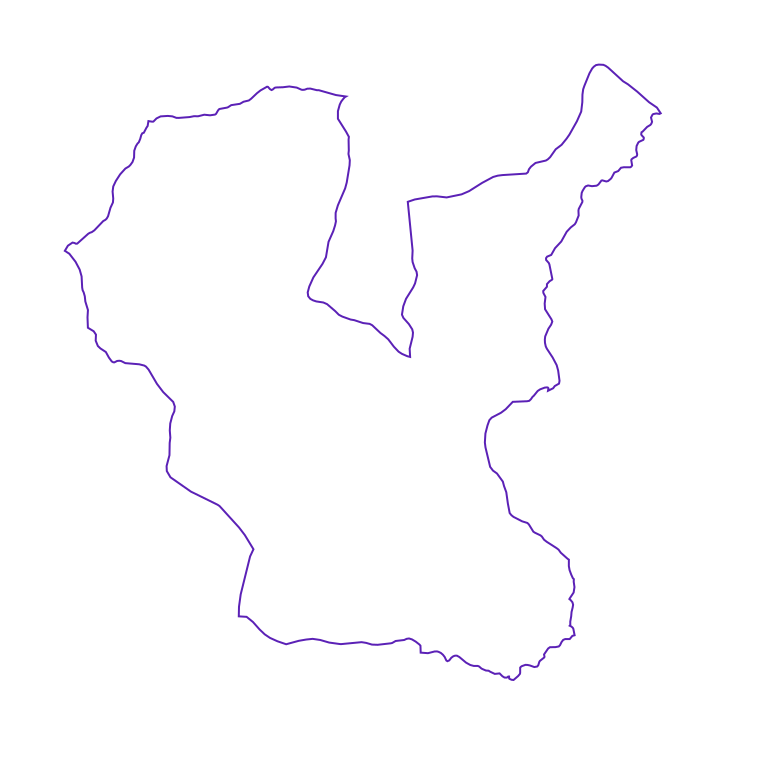 the district of Belen, Nariño, Colombia, rotated 84°
{"feature_id": "7082276B96726097904374", "entity_name": "Belen", "entity_type": "district", "adm_level": 2, "iso_a3": "COL", "parent_name": "Colombia", "parent_adm1": "Nariño", "projection": "albers", "projection_center": [-77.044, 1.595], "detail": "fine", "context": "isolated", "style": "outline", "palette": "violet", "viewbox_px": 768, "rotation_deg": 84, "n_neighbors": 0, "source": "geoboundaries", "source_scale": "gbopen_adm2", "svg_char_len": 6095}
<svg xmlns="http://www.w3.org/2000/svg" viewBox="0 0 768 768"><g transform="rotate(84 384 384)"><path d="M578.0,218.5L577.0,219.7L570.3,225.8L567.0,227.7L565.3,229.5L558.0,238.6L555.6,241.1L552.1,243.0L550.9,244.2L547.7,249.4L546.5,250.9L538.8,254.6L537.2,255.9L535.0,261.0L529.7,269.1L527.8,271.0L525.5,272.5L515.9,273.3L504.4,273.7L498.0,275.3L493.5,276.0L484.8,281.0L481.5,284.7L477.5,287.1L457.7,289.7L452.7,289.8L443.8,288.3L436.0,285.4L431.0,283.0L428.7,280.4L424.8,270.6L421.8,265.6L415.2,257.8L416.1,243.4L415.9,241.3L414.5,239.5L412.3,237.6L411.4,236.3L407.0,231.9L405.6,229.2L404.4,224.5L404.4,222.2L404.7,221.4L405.5,220.9L407.9,221.6L405.9,216.2L403.9,214.4L401.9,209.9L399.2,209.1L388.8,209.4L383.3,210.3L375.3,213.5L365.8,218.4L363.5,219.2L359.9,219.6L356.6,219.4L353.5,218.7L346.2,214.7L342.5,211.6L339.5,210.1L337.2,210.7L326.5,216.0L320.8,215.8L314.3,214.3L310.3,215.9L309.4,216.0L308.1,215.9L304.3,211.8L301.7,211.5L299.1,208.6L297.9,206.1L297.3,205.6L282.4,207.0L280.8,207.5L277.6,209.8L275.8,209.7L274.4,208.5L273.1,204.2L266.8,199.7L260.8,192.8L251.7,186.4L247.8,181.9L245.1,177.6L243.3,176.2L236.8,172.8L231.9,172.5L230.2,172.0L223.7,167.7L222.4,167.5L220.4,168.2L218.8,168.3L214.6,167.4L212.5,166.2L209.3,163.7L208.5,162.7L207.9,160.3L209.0,156.5L209.0,151.8L208.0,149.9L204.4,146.5L204.3,145.6L205.8,141.8L205.6,140.0L203.7,137.1L202.7,136.1L197.8,132.8L196.7,128.8L193.7,125.7L193.5,122.7L194.2,116.4L193.7,115.4L192.6,114.4L187.2,114.7L186.4,114.3L185.2,112.4L184.1,109.2L183.2,108.5L182.0,108.2L177.7,108.7L173.7,107.9L170.5,105.9L169.8,105.0L168.3,100.6L167.2,100.0L166.0,99.9L163.5,101.8L162.5,102.1L160.6,101.6L160.0,100.4L155.8,95.4L154.2,92.0L153.2,91.0L151.3,90.0L146.9,90.6L144.2,88.8L143.7,88.0L143.4,84.9L144.2,81.8L143.7,80.5L137.6,83.7L131.5,90.9L119.7,101.6L111.4,110.1L107.9,114.6L92.8,128.0L90.7,130.4L89.5,132.5L88.8,137.0L89.0,139.8L90.3,142.1L92.0,144.0L96.5,147.2L108.3,153.5L111.7,155.1L117.0,156.4L124.4,157.3L133.7,159.4L142.9,164.7L155.3,173.5L159.0,176.7L164.7,182.4L168.5,188.7L175.8,195.1L177.7,197.6L178.7,199.7L180.0,210.2L183.2,215.1L185.6,217.4L188.5,218.8L189.6,220.6L188.6,244.4L188.7,249.1L189.5,253.8L194.2,265.3L201.1,279.3L203.5,287.0L205.0,302.2L202.9,311.7L202.5,316.3L203.7,334.1L205.3,341.3L254.3,341.6L262.1,342.8L265.7,342.8L272.0,341.4L275.7,339.9L279.2,339.7L287.2,342.6L291.0,344.9L301.6,353.2L308.7,356.7L316.9,358.9L320.3,357.8L327.0,353.0L332.6,350.2L335.9,349.8L340.0,350.6L351.6,354.8L359.8,355.2L358.8,357.9L355.9,363.0L353.4,366.1L347.9,370.3L340.0,375.1L336.2,378.6L332.9,382.2L324.3,389.6L322.7,392.0L321.2,398.4L317.4,406.9L316.4,410.5L312.6,418.4L310.4,421.7L306.3,425.0L298.6,432.3L296.6,435.8L294.8,442.7L293.4,445.8L291.6,448.4L288.8,450.2L284.9,450.3L279.2,448.1L270.6,443.1L258.1,432.6L251.9,428.5L236.8,424.3L226.7,418.5L221.2,416.1L217.2,414.8L214.1,414.8L208.7,414.2L201.5,411.2L185.4,402.2L179.7,400.0L162.9,395.4L157.8,394.6L151.5,395.3L148.1,394.6L137.4,393.7L134.5,393.1L129.0,395.4L115.4,402.1L107.8,401.3L101.5,398.8L98.6,397.0L96.3,394.8L94.7,393.1L94.1,391.8L91.6,401.6L85.0,418.1L84.8,420.0L82.5,426.4L82.3,429.4L83.0,432.1L83.0,434.0L82.7,435.3L80.1,439.8L78.2,447.1L78.3,453.5L77.8,460.4L78.0,461.8L79.5,463.9L79.9,465.1L78.8,466.6L76.4,468.3L76.1,469.2L79.1,476.1L81.5,479.9L86.4,486.3L87.9,488.8L88.6,494.2L90.3,498.0L90.7,506.8L92.4,510.1L92.7,511.2L93.3,519.0L94.5,520.4L97.8,522.8L98.4,523.9L98.6,528.9L97.4,534.6L98.3,540.9L97.8,545.0L98.2,549.5L97.9,560.4L97.6,562.7L95.7,566.5L94.8,571.0L94.5,578.2L96.1,582.5L98.9,585.9L98.9,587.1L97.9,590.8L102.7,592.1L104.2,593.4L109.0,596.6L109.4,598.2L111.1,599.4L114.7,600.8L118.0,602.6L119.1,604.0L121.7,606.0L125.9,608.0L132.7,608.9L136.9,610.9L139.6,613.3L141.0,615.0L142.7,618.7L147.9,624.5L154.1,629.5L159.2,632.6L164.2,633.8L171.3,633.9L175.1,634.6L180.1,637.6L188.3,640.9L190.5,642.5L191.6,643.9L192.6,646.2L200.9,656.0L202.4,658.7L202.9,660.8L203.7,662.5L212.3,674.4L212.3,675.7L211.4,677.1L210.8,679.0L213.4,683.9L218.2,687.5L221.6,683.3L230.2,678.0L238.4,674.7L245.4,673.5L256.6,674.1L259.3,673.9L261.5,673.1L265.5,672.4L270.7,672.4L279.5,670.7L286.7,671.9L297.1,672.6L301.2,667.2L304.8,665.3L310.8,666.2L316.3,664.6L319.0,662.3L323.1,657.3L329.0,654.8L333.1,652.4L334.1,651.0L334.3,649.9L333.2,647.0L333.2,644.9L333.7,643.0L336.2,639.1L338.8,625.4L340.6,620.5L341.8,618.9L345.1,616.6L360.1,609.8L369.0,604.4L379.8,595.5L384.6,594.4L389.3,595.4L393.7,598.0L400.9,600.7L407.8,601.9L415.1,602.1L420.2,603.3L432.4,604.8L442.9,608.8L447.9,609.1L454.5,606.1L470.9,587.2L486.7,562.1L488.2,560.3L511.5,543.2L519.7,538.2L534.7,531.1L541.5,535.2L578.2,548.5L590.4,551.5L599.9,552.7L601.2,545.0L607.0,539.2L615.1,533.4L620.5,528.8L624.6,523.9L628.7,516.9L632.6,508.5L630.5,495.6L630.0,488.1L630.0,481.6L631.9,474.2L635.4,465.6L637.9,455.5L638.2,454.0L638.4,433.3L639.6,428.8L641.9,423.2L642.7,417.6L642.6,404.3L642.4,402.9L640.8,399.3L640.7,390.7L639.8,388.1L639.7,385.7L640.9,382.9L643.5,379.4L646.9,375.9L648.1,375.1L655.0,375.6L656.3,368.4L655.3,361.6L655.5,359.2L656.1,357.7L657.4,355.6L659.4,353.7L661.8,352.2L665.5,350.9L666.3,349.9L665.7,348.0L663.3,345.7L662.0,343.5L661.6,341.7L661.8,339.9L663.4,337.6L669.7,331.5L672.5,327.5L673.8,324.1L674.2,320.2L674.9,318.9L677.2,316.8L678.1,315.3L679.6,312.6L680.1,309.9L681.3,308.4L683.9,304.1L683.9,299.3L687.0,296.8L688.5,294.9L688.8,293.2L688.7,292.2L687.9,291.0L688.0,290.2L690.0,290.3L690.4,289.9L691.5,288.0L691.9,286.1L688.5,281.2L686.6,279.2L685.6,278.8L680.3,278.2L679.6,277.5L679.0,276.4L678.1,272.7L678.4,270.7L679.1,268.5L681.2,264.1L681.0,261.2L679.9,260.0L676.6,258.6L675.7,257.9L672.7,253.2L672.0,252.9L669.7,253.1L664.2,248.4L663.1,246.4L663.6,241.2L663.3,237.6L662.1,236.2L659.2,234.4L657.2,232.5L656.6,230.4L657.1,226.0L654.2,223.0L653.8,220.7L647.2,221.3L646.1,221.8L644.8,223.0L643.8,224.6L643.0,223.9L639.8,223.6L634.5,222.1L630.3,221.3L626.2,219.8L623.3,219.0L620.8,219.4L618.2,221.1L617.4,222.1L617.0,222.0L611.2,217.2L605.9,215.8L600.5,216.0L597.9,215.6L596.8,216.5L593.2,217.7L588.5,218.9L584.4,219.2L578.0,218.5Z" fill="none" stroke="#5b21b6" stroke-width="2"/></g></svg>